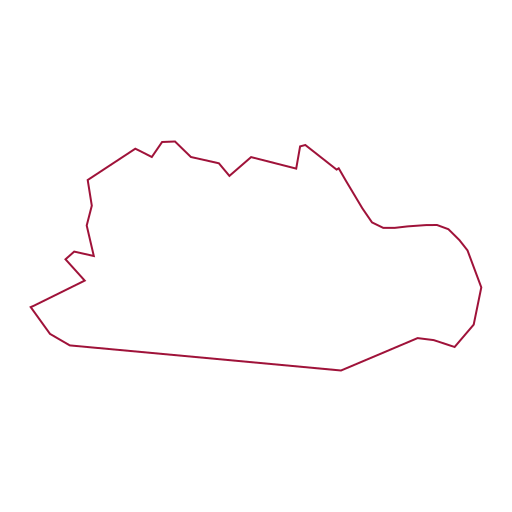 outline of Vale of Glamorgan
{"feature_id": "GBR-2117", "entity_name": "Vale of Glamorgan", "entity_type": "Unitary Authority (wales)", "adm_level": 1, "iso_a3": "GBR", "parent_name": "United Kingdom", "parent_adm1": "", "projection": "albers", "projection_center": [-3.357, 51.45], "detail": "fine", "context": "isolated", "style": "outline", "palette": "rose", "viewbox_px": 512, "rotation_deg": 0, "n_neighbors": 0, "source": "natural_earth", "source_scale": "10m", "svg_char_len": 655}
<svg xmlns="http://www.w3.org/2000/svg" viewBox="0 0 512 512"><path d="M467.5,250.4L481.3,287.4L473.7,324.6L454.6,347.0L433.7,340.1L417.6,338.1L341.0,370.5L69.8,345.4L50.0,333.9L30.7,307.1L31.8,306.6L33.3,306.0L84.7,280.6L65.5,259.3L74.2,251.6L93.8,256.0L86.7,225.5L91.8,205.7L87.7,180.0L135.3,148.7L139.6,150.8L151.8,157.0L162.1,142.0L175.0,141.5L190.9,157.0L218.9,163.3L229.4,175.9L251.1,157.1L296.2,168.6L300.1,146.4L305.3,145.0L336.6,169.6L338.7,168.3L345.8,180.6L362.4,208.4L372.0,222.4L383.3,227.9L394.5,227.9L407.5,226.4L425.7,225.1L437.0,225.0L448.4,229.2L459.6,240.3L459.8,240.6L467.5,250.4Z" fill="none" stroke="#9f1239" stroke-width="2"/></svg>